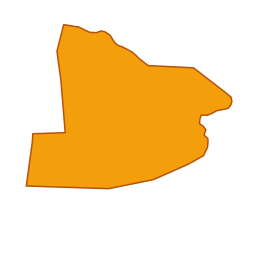 Boa Ventura, Paraíba, Brazil, rotated 107°
{"feature_id": "56859067B42208765231208", "entity_name": "Boa Ventura", "entity_type": "district", "adm_level": 2, "iso_a3": "BRA", "parent_name": "Brazil", "parent_adm1": "Paraíba", "projection": "equal_earth", "projection_center": [-38.216, -7.424], "detail": "fine", "context": "isolated", "style": "filled", "palette": "amber", "viewbox_px": 256, "rotation_deg": 107, "n_neighbors": 0, "source": "geoboundaries", "source_scale": "gbopen_adm2", "svg_char_len": 738}
<svg xmlns="http://www.w3.org/2000/svg" viewBox="0 0 256 256"><g transform="rotate(107 128 128)"><path d="M169.9,88.6L145.0,59.8L132.4,47.7L128.1,47.1L123.1,46.3L118.1,47.4L114.8,48.5L112.5,53.2L106.9,53.0L104.2,56.8L103.0,60.8L98.9,61.8L94.2,61.7L92.7,55.9L89.2,51.7L85.7,48.4L82.5,42.5L80.0,38.1L76.4,36.5L72.6,36.3L68.5,38.3L66.4,43.0L51.3,83.0L62.4,127.0L58.1,138.4L55.9,142.2L54.1,146.4L52.9,152.5L52.1,157.2L51.8,161.9L50.3,165.5L47.9,168.5L44.6,172.1L42.8,177.9L43.0,182.0L46.1,186.2L47.7,192.7L46.9,198.3L45.8,205.0L46.6,209.3L47.1,213.9L48.0,219.7L75.2,218.4L80.8,215.9L101.8,206.2L134.4,193.2L150.8,186.7L161.3,217.3L169.9,215.3L213.2,208.3L191.7,128.8L169.9,88.6Z" fill="#f59e0b" stroke="#b45309" stroke-width="1.5"/></g></svg>